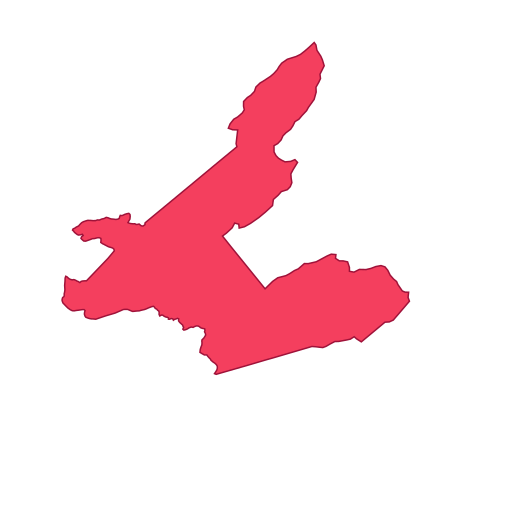 Boa Vista do Ramos, Amazonas, Brazil, rotated 231°
{"feature_id": "56859067B11380578254177", "entity_name": "Boa Vista do Ramos", "entity_type": "district", "adm_level": 2, "iso_a3": "BRA", "parent_name": "Brazil", "parent_adm1": "Amazonas", "projection": "equal_earth", "projection_center": [-57.61, -3.16], "detail": "fine", "context": "isolated", "style": "filled", "palette": "rose", "viewbox_px": 512, "rotation_deg": 231, "n_neighbors": 0, "source": "geoboundaries", "source_scale": "gbopen_adm2", "svg_char_len": 4663}
<svg xmlns="http://www.w3.org/2000/svg" viewBox="0 0 512 512"><g transform="rotate(231 256 256)"><path d="M338.7,76.6L336.5,76.8L333.8,77.1L331.0,77.9L329.1,78.8L327.8,80.2L326.7,82.2L325.5,84.1L324.3,86.2L323.5,87.5L322.5,88.7L321.2,88.8L320.2,87.4L318.9,86.1L317.0,85.3L315.5,85.2L313.7,86.2L312.2,87.2L310.7,88.5L309.5,89.9L307.7,91.7L306.8,94.2L305.5,97.7L304.0,101.7L300.3,110.6L298.4,117.4L298.0,119.0L297.2,120.3L296.1,121.7L295.2,122.7L290.7,125.1L289.9,126.2L288.9,127.8L287.6,129.7L286.8,130.8L286.3,132.1L285.5,133.8L284.6,135.6L284.0,137.3L283.2,140.3L282.2,143.2L281.4,144.7L280.1,144.9L278.6,144.7L277.3,145.4L275.7,145.4L274.5,145.8L273.2,145.3L271.6,143.9L269.9,143.5L269.7,145.2L268.7,146.3L266.9,146.7L265.2,147.6L264.1,148.6L263.0,149.0L262.0,148.2L261.2,149.1L260.8,150.7L259.5,151.8L258.1,151.4L258.0,152.9L257.4,154.2L257.0,155.7L255.9,156.4L254.3,155.0L252.4,154.9L250.5,155.2L248.4,155.5L247.3,155.0L246.1,154.9L245.2,153.1L243.8,153.3L243.0,155.0L242.5,156.7L242.3,158.7L241.6,160.9L240.1,162.2L239.8,164.0L239.1,165.8L237.8,167.1L236.7,167.5L234.9,167.9L233.5,168.8L231.7,170.3L230.3,169.5L229.5,168.3L227.9,168.0L226.3,167.2L225.8,166.0L225.1,164.0L224.8,161.2L223.9,160.3L222.5,159.4L221.0,158.0L219.7,155.7L218.5,153.9L217.5,152.9L216.4,151.8L214.7,152.4L212.9,153.1L211.6,153.6L210.1,155.5L208.2,155.4L206.3,155.5L204.8,155.7L203.3,155.4L201.8,155.7L200.6,155.9L198.8,156.5L197.6,156.7L196.1,156.8L194.8,156.6L193.3,155.5L192.2,154.1L191.5,152.3L190.7,149.7L189.1,150.6L178.9,174.7L176.8,179.6L168.7,199.1L166.4,204.4L150.5,242.5L147.7,245.5L145.2,247.9L142.8,250.3L141.7,253.6L141.0,258.1L139.9,263.5L137.6,266.4L133.7,273.6L132.0,277.0L131.5,281.5L128.4,282.0L123.0,283.8L123.2,299.3L123.4,314.6L120.9,318.1L119.8,322.4L120.5,326.1L121.2,330.1L124.3,346.8L128.1,348.1L131.8,351.8L134.1,349.1L136.8,347.7L144.5,348.3L147.7,349.2L151.5,348.4L156.7,348.2L161.9,349.4L164.3,349.4L166.4,349.4L169.9,347.1L172.4,342.5L174.0,337.6L176.2,333.0L180.5,327.9L181.8,322.0L185.3,319.0L188.3,321.4L191.4,322.6L193.8,323.5L197.3,320.7L199.8,317.7L204.1,316.3L206.8,319.0L210.1,315.6L211.3,311.2L213.6,299.2L217.2,291.8L219.7,288.8L219.4,280.8L220.5,276.7L221.1,271.0L221.9,266.9L225.4,259.2L225.8,252.9L224.8,242.4L250.8,242.4L252.3,242.4L278.5,242.4L292.6,242.5L292.4,247.3L292.9,255.2L295.0,260.1L291.6,262.6L288.3,260.5L286.0,265.4L284.8,272.3L284.1,282.4L284.2,290.9L284.8,300.6L287.9,303.9L289.0,305.1L289.3,311.5L290.1,316.2L287.8,322.1L288.3,326.2L290.4,330.0L294.5,332.4L297.9,334.8L299.8,339.3L302.6,347.2L306.4,346.9L307.7,342.5L310.9,337.8L314.4,336.2L317.9,335.0L321.4,334.7L325.5,335.5L330.4,339.4L329.7,343.6L330.4,348.6L332.4,352.5L332.9,356.7L332.7,362.6L333.9,366.5L335.9,370.8L335.3,375.6L336.2,380.1L337.1,386.8L338.5,390.2L341.1,399.7L345.5,405.9L349.4,408.8L351.5,414.1L353.3,417.8L357.0,420.1L360.9,428.7L366.8,431.1L370.5,432.1L377.5,432.8L382.3,435.4L385.3,435.6L384.8,428.6L384.6,422.7L384.7,417.4L385.8,412.7L389.2,404.2L389.7,397.3L388.7,393.2L387.4,389.7L386.6,384.6L386.5,380.1L387.4,371.2L387.9,368.1L387.4,362.3L384.9,358.4L384.2,353.0L384.6,349.0L383.9,343.6L380.3,340.6L377.0,338.9L375.8,335.4L375.6,329.2L376.3,324.8L375.0,319.0L372.7,314.9L368.8,317.3L365.5,321.1L355.8,311.2L352.9,309.9L352.6,279.4L352.3,257.0L351.6,192.0L351.5,190.5L350.2,189.4L350.4,187.0L351.7,185.8L353.2,185.5L354.4,185.3L355.2,183.7L356.1,182.5L357.3,182.2L358.3,180.8L360.0,179.1L361.3,178.1L362.5,177.5L363.3,179.3L364.0,181.2L366.0,183.2L367.6,184.2L369.2,184.0L370.1,182.3L371.0,180.1L371.3,178.6L371.8,177.2L373.0,176.1L372.2,174.6L371.3,173.4L371.6,171.8L372.6,170.1L374.6,168.2L375.8,166.9L377.1,166.0L378.8,165.1L380.3,163.9L380.7,161.6L381.8,159.4L382.5,156.9L383.8,155.5L384.5,153.5L386.1,151.5L387.6,150.0L388.8,148.6L389.7,147.5L390.4,145.8L391.3,143.4L391.6,141.4L391.4,139.4L391.0,137.0L391.6,134.4L391.7,132.5L392.2,131.0L391.6,129.7L390.0,129.9L388.6,129.8L386.8,130.2L385.1,130.6L383.9,131.3L382.8,133.2L382.2,134.7L380.7,134.6L380.7,132.6L379.9,131.1L378.8,131.1L377.4,131.3L376.0,131.6L374.7,133.0L373.0,137.8L372.4,139.8L371.2,141.4L370.1,144.0L368.9,145.7L367.3,146.5L365.8,145.5L364.2,143.9L361.8,144.6L360.7,145.2L359.6,145.6L358.1,146.3L357.0,146.7L355.5,147.5L354.0,148.6L352.4,149.6L350.8,149.9L349.2,149.1L347.3,139.4L343.4,108.7L344.6,107.1L345.7,105.5L346.3,104.2L346.2,102.4L348.0,101.8L349.2,101.1L350.8,100.5L352.3,99.6L353.1,98.2L354.4,97.2L355.8,96.5L357.4,96.2L358.8,96.0L360.0,95.4L359.0,93.8L356.5,91.6L353.6,88.8L350.1,86.3L349.2,85.4L348.3,84.4L347.3,83.1L346.2,82.3L345.3,81.2L345.4,79.6L344.4,78.1L343.3,77.2L341.0,76.4L338.7,76.6Z" fill="#f43f5e" stroke="#9f1239" stroke-width="1.5"/></g></svg>